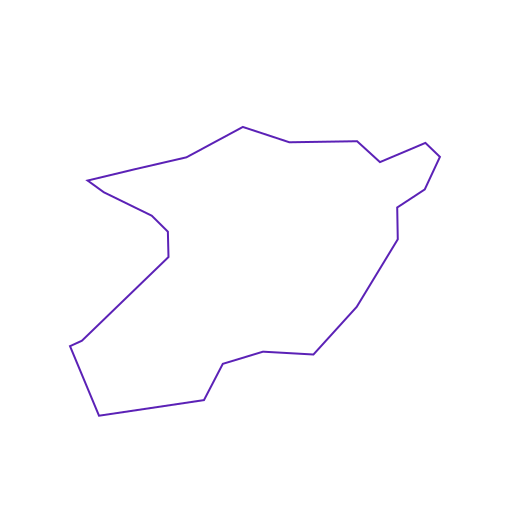 SVG path tracing the border of Dublin, rotated 167°
{"feature_id": "IRL-5575", "entity_name": "Dublin", "entity_type": "County", "adm_level": 1, "iso_a3": "IRL", "parent_name": "Ireland", "parent_adm1": "", "projection": "natural_earth1", "projection_center": [-6.257, 53.366], "detail": "fine", "context": "isolated", "style": "outline", "palette": "violet", "viewbox_px": 512, "rotation_deg": 167, "n_neighbors": 0, "source": "natural_earth", "source_scale": "10m", "svg_char_len": 463}
<svg xmlns="http://www.w3.org/2000/svg" viewBox="0 0 512 512"><g transform="rotate(167 256 256)"><path d="M457.5,210.0L444.7,212.6L341.5,274.7L336.4,299.5L348.5,318.7L389.9,352.3L403.1,367.4L354.5,367.8L301.6,367.8L239.8,384.7L197.9,359.3L131.7,345.1L114.1,319.6L65.5,328.1L54.5,311.2L76.6,282.9L107.5,271.5L114.1,240.4L169.3,183.8L222.2,147.1L270.7,161.2L312.6,158.4L339.1,127.3L444.9,135.7L457.5,210.0Z" fill="none" stroke="#5b21b6" stroke-width="2"/></g></svg>